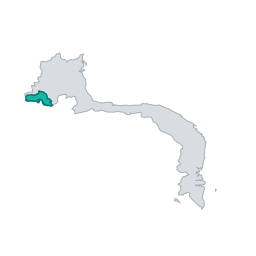 Điện Biên on a map of Vietnam (Natural Earth projection), rotated 311°
{"feature_id": "VNM-450", "entity_name": "Điện Biên", "entity_type": "Province", "adm_level": 1, "iso_a3": "VNM", "parent_name": "Vietnam", "parent_adm1": "", "projection": "natural_earth1", "projection_center": [102.938, 21.7], "detail": "fine", "context": "in_parent", "style": "filled", "palette": "teal", "viewbox_px": 256, "rotation_deg": 311, "n_neighbors": 0, "source": "natural_earth", "source_scale": "10m", "svg_char_len": 5773}
<svg xmlns="http://www.w3.org/2000/svg" viewBox="0 0 256 256"><g transform="rotate(311 128 128)"><path d="M154.7,46.1L152.7,46.3L150.5,48.2L147.7,49.4L147.0,52.8L144.7,54.4L143.6,53.7L141.2,54.4L138.7,53.7L139.6,57.6L137.1,60.7L137.4,62.7L136.7,64.2L132.3,68.6L131.0,68.7L130.0,69.4L127.9,74.6L127.7,78.9L126.7,81.4L125.8,82.4L125.6,83.8L128.9,90.6L131.2,93.4L133.4,94.8L136.6,98.8L136.1,99.9L136.4,102.2L134.9,101.5L135.0,101.8L136.9,103.0L139.6,107.4L144.5,112.0L145.3,114.3L149.9,118.1L149.8,118.6L153.1,121.7L153.5,122.9L156.0,122.7L158.3,126.3L159.0,126.3L159.3,127.8L163.0,133.8L166.1,136.8L167.6,142.4L169.4,146.6L169.5,149.0L172.3,159.3L172.1,160.6L171.6,159.3L171.7,163.2L172.1,165.3L172.0,167.8L173.9,172.6L174.2,177.8L172.8,175.6L171.3,177.2L172.5,180.9L171.2,180.6L171.4,185.6L171.9,187.4L171.8,188.0L171.2,186.7L170.6,189.1L171.2,190.7L170.3,192.6L169.2,192.7L168.5,196.5L166.4,196.8L164.9,198.5L163.0,199.1L159.5,202.4L157.3,203.0L156.1,205.6L154.1,205.9L146.7,210.3L145.9,209.2L144.5,208.8L143.5,206.4L142.8,210.3L142.2,210.5L141.1,209.8L140.0,208.3L138.4,209.3L140.2,209.6L140.6,210.6L140.4,211.8L136.6,211.8L140.0,213.3L140.7,214.5L139.1,216.3L139.1,217.6L138.3,218.3L136.5,217.1L132.5,212.9L137.2,218.8L138.0,221.5L136.9,222.7L135.6,222.7L133.4,221.0L129.8,216.8L128.6,216.2L132.8,222.2L133.4,223.5L132.9,225.1L124.5,229.6L122.2,233.9L119.6,236.4L116.8,237.1L115.2,236.9L116.8,234.7L115.8,233.9L116.2,222.0L116.9,218.9L119.3,217.7L119.3,217.0L118.5,215.2L116.5,214.5L115.6,213.2L113.8,213.7L110.8,210.1L112.6,208.6L116.2,208.3L118.7,205.8L118.4,203.1L118.7,202.7L122.1,203.7L123.2,202.2L127.6,201.6L128.9,203.5L130.0,203.1L132.0,204.4L132.8,204.5L132.4,202.6L132.8,200.9L128.9,197.1L128.8,192.1L129.8,191.8L130.8,190.3L135.8,191.3L135.9,187.4L139.6,187.0L140.4,185.9L142.5,185.5L146.0,182.2L147.5,182.0L148.3,182.8L149.7,181.3L150.3,178.7L149.3,171.5L150.9,165.5L147.4,155.3L147.8,151.7L148.8,150.5L149.9,147.6L149.8,144.3L149.2,142.7L150.1,141.6L151.4,138.6L150.2,136.6L146.6,133.3L145.2,130.5L148.0,128.3L148.1,127.0L142.2,122.4L141.2,120.0L139.8,120.9L138.7,120.3L137.3,118.0L136.7,113.5L135.8,112.8L133.8,109.6L130.5,106.7L126.5,101.9L125.7,100.5L125.2,98.3L123.6,95.8L122.0,95.2L119.2,92.1L118.9,90.7L119.6,88.4L117.7,87.3L114.2,86.2L103.9,78.7L106.0,76.1L105.4,73.7L105.7,73.3L108.5,73.1L112.6,74.1L114.5,72.1L115.4,69.9L116.8,68.2L116.8,67.2L115.8,65.5L114.0,65.4L113.0,62.9L109.8,61.9L111.9,60.3L112.5,58.9L109.6,56.3L106.5,54.5L103.8,55.7L101.7,57.9L100.7,58.1L94.1,55.3L90.9,49.7L92.1,45.2L92.1,43.6L90.8,42.8L90.5,41.7L89.5,43.6L88.5,43.6L87.6,40.3L86.4,39.5L81.9,33.2L83.3,31.9L85.4,28.4L86.2,27.7L90.6,30.2L92.5,32.2L94.4,30.8L94.5,30.1L96.8,27.4L98.9,30.1L100.5,27.3L104.4,30.8L105.1,30.2L105.8,27.7L106.9,27.0L107.8,26.9L108.9,28.3L109.8,28.4L111.7,26.9L113.7,26.7L115.0,25.4L115.4,22.6L115.9,22.0L121.0,18.9L123.0,20.5L124.4,23.0L126.2,23.6L128.0,25.2L129.5,25.0L130.0,24.4L131.8,24.5L133.5,26.1L136.7,25.4L139.7,27.3L138.7,29.4L137.3,30.4L136.9,31.4L136.9,33.8L138.2,35.3L138.3,39.2L139.2,38.8L142.2,40.0L143.3,41.9L144.8,43.0L145.9,43.1L146.9,44.6L148.0,44.1L148.4,44.8L150.5,44.6L152.0,44.0L154.7,46.1ZM106.2,210.4L106.4,212.9L105.7,215.8L104.8,212.6L103.5,210.7L105.3,209.9L106.2,210.4ZM150.1,50.4L148.3,52.3L147.6,52.3L148.5,49.7L150.1,50.4ZM143.0,57.4L142.5,57.5L141.5,56.3L142.1,55.6L143.2,56.1L143.4,56.6L143.0,57.4ZM149.1,54.7L148.4,55.1L147.6,55.1L149.5,53.2L149.1,54.7ZM140.1,54.7L140.8,56.7L139.8,55.7L140.1,54.7ZM145.9,209.6L144.5,211.2L144.4,210.5L145.9,209.6ZM139.1,235.3L138.0,235.3L139.2,234.4L139.1,235.3Z" fill="#d9dde1" stroke="#a8b0b8" stroke-width="1"/><path d="M88.4,43.9L88.2,43.5L88.2,43.2L88.1,42.9L88.2,42.0L88.1,41.4L87.7,40.3L87.3,40.0L86.7,39.8L86.3,39.5L86.1,38.9L86.2,38.7L86.3,38.5L86.1,38.3L85.8,38.1L85.6,37.9L85.4,37.4L85.3,37.2L85.2,37.1L84.8,36.9L83.9,35.9L83.1,35.5L82.9,35.2L82.8,34.9L82.6,34.7L82.4,34.6L82.2,34.3L82.2,34.2L82.3,34.1L82.2,33.9L81.9,33.3L81.9,33.2L81.9,32.8L82.1,32.6L82.4,32.5L82.6,32.6L82.8,32.7L83.0,32.8L83.2,32.5L83.3,32.3L83.3,31.8L83.5,31.5L84.4,30.5L85.0,30.3L85.3,30.3L86.0,30.5L86.6,30.5L86.8,30.5L87.0,30.8L87.2,31.0L87.3,31.0L87.5,31.3L88.3,32.4L88.6,32.6L89.0,32.7L89.5,33.0L90.0,33.5L90.3,33.9L90.5,34.4L90.6,35.0L90.6,35.4L90.6,35.5L90.8,35.8L91.0,35.8L91.4,35.7L91.6,35.8L91.7,36.2L91.8,36.5L91.9,36.8L92.1,36.8L93.2,36.7L93.6,36.8L93.9,37.0L94.5,37.6L95.0,37.5L96.0,38.1L96.3,38.0L96.2,38.0L96.2,37.9L96.0,37.7L96.8,36.6L97.0,36.5L97.5,36.6L97.7,36.8L97.8,37.1L97.8,37.4L97.9,37.6L98.2,37.9L98.4,38.1L98.4,38.4L98.5,38.7L98.5,39.0L98.8,39.2L98.9,39.3L99.5,40.4L99.6,40.5L99.7,42.5L99.8,43.7L99.8,44.1L99.7,44.6L99.6,45.0L99.3,45.4L98.7,45.9L98.6,46.2L98.5,46.4L98.4,46.8L98.3,47.0L98.2,47.1L97.7,47.3L97.6,47.5L97.4,47.8L97.5,47.9L97.6,48.0L97.6,48.4L97.7,48.6L97.8,48.7L98.2,49.1L98.3,49.4L98.4,49.7L98.3,50.3L98.2,50.7L98.0,51.3L98.0,51.5L98.2,52.3L98.2,52.6L97.9,52.8L97.7,52.9L97.3,52.8L97.1,52.7L96.9,52.6L96.7,52.5L96.6,52.4L96.4,52.4L96.3,52.5L96.3,52.8L96.4,53.0L96.4,53.3L96.3,53.5L96.2,53.6L96.0,53.8L95.8,54.0L95.7,54.7L95.6,55.3L95.5,55.8L95.6,56.2L95.5,56.3L95.3,56.3L95.2,56.2L94.9,56.0L94.6,55.9L94.4,55.8L94.2,55.6L93.8,55.1L93.6,54.7L93.2,53.7L92.9,53.1L92.7,52.8L92.4,52.7L92.2,52.7L92.0,52.4L91.9,52.1L91.8,51.6L91.7,51.3L91.6,51.2L91.4,51.2L91.3,50.9L91.4,50.6L91.4,50.3L91.2,50.1L90.9,49.9L90.6,49.9L90.4,49.9L90.4,49.6L90.6,49.4L91.0,49.3L91.2,49.1L91.2,48.9L91.2,48.2L91.3,47.9L91.7,47.2L91.3,47.1L91.1,47.3L90.9,47.4L91.4,46.3L91.7,46.1L92.2,45.4L92.4,45.1L92.3,44.6L92.3,44.3L92.3,43.3L92.2,43.1L92.2,42.9L92.1,42.7L92.0,42.8L91.1,43.2L90.8,43.2L90.7,43.1L90.7,42.8L90.7,42.2L90.6,41.5L90.3,41.3L90.1,41.5L90.1,42.7L89.9,43.2L89.7,43.6L89.3,43.9L89.1,43.9L88.5,43.9L88.4,43.9Z" fill="#14b8a6" stroke="#0f766e" stroke-width="1.5"/></g></svg>